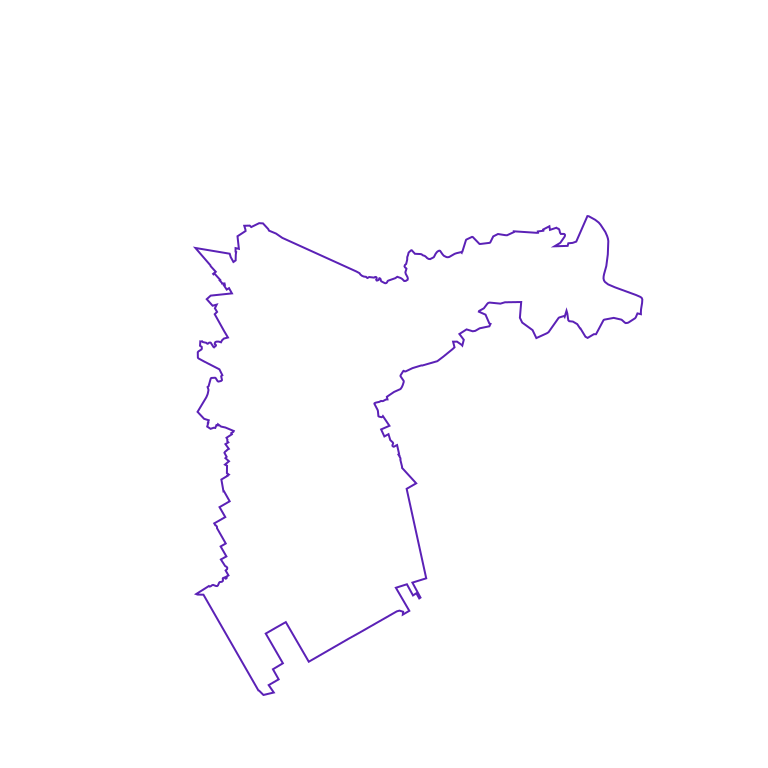 Ebano, San Luis Potosí, Mexico, rotated 240°
{"feature_id": "50627088B88107705873369", "entity_name": "Ebano", "entity_type": "district", "adm_level": 2, "iso_a3": "MEX", "parent_name": "Mexico", "parent_adm1": "San Luis Potosí", "projection": "albers", "projection_center": [-98.486, 22.169], "detail": "fine", "context": "isolated", "style": "outline", "palette": "violet", "viewbox_px": 768, "rotation_deg": 240, "n_neighbors": 0, "source": "geoboundaries", "source_scale": "gbopen_adm2", "svg_char_len": 6166}
<svg xmlns="http://www.w3.org/2000/svg" viewBox="0 0 768 768"><g transform="rotate(240 384 384)"><path d="M316.0,641.4L317.5,642.2L320.1,643.9L325.1,648.0L328.1,650.0L329.7,650.2L331.2,649.6L335.0,646.8L352.2,632.4L358.2,627.9L361.9,626.4L363.7,626.3L365.7,626.9L367.5,628.1L369.2,629.6L375.0,635.5L384.3,642.6L395.6,649.7L397.9,650.6L400.5,651.2L405.0,651.7L413.6,651.2L416.4,650.7L420.6,649.0L426.9,645.2L427.7,644.1L411.2,621.7L411.9,617.9L413.7,614.0L411.8,612.1L418.0,600.5L418.1,607.1L418.3,607.7L421.3,614.1L421.9,614.8L422.7,615.3L423.6,615.2L424.1,614.7L425.5,612.2L427.1,612.1L429.7,612.9L430.8,612.9L431.4,612.6L431.8,612.0L433.1,611.5L434.5,604.8L437.9,606.1L438.2,599.3L437.8,599.2L437.9,598.8L437.1,598.5L439.2,593.5L438.0,593.0L438.6,591.8L451.3,572.8L450.6,572.5L451.3,564.9L452.3,563.4L456.9,557.7L457.2,552.4L453.6,547.0L453.4,546.4L453.5,545.9L456.9,537.9L457.6,536.7L466.8,534.4L467.4,533.8L467.9,527.5L467.7,527.0L459.5,518.1L459.6,517.7L458.8,516.9L459.7,516.6L461.0,512.3L461.4,510.3L461.4,504.1L461.7,503.1L462.2,502.1L462.9,501.4L465.2,499.9L467.3,499.5L471.1,499.2L471.6,498.9L471.9,498.3L472.0,496.7L471.7,495.5L470.9,493.7L469.1,490.9L468.9,490.3L469.1,486.4L470.1,485.1L471.8,484.2L472.6,484.1L474.6,483.3L476.0,482.0L477.5,481.4L478.2,480.7L481.3,475.9L485.9,474.9L486.2,474.4L485.7,471.7L485.3,470.8L483.7,469.3L482.3,467.6L480.0,466.2L476.9,463.2L476.6,461.7L475.7,460.6L474.5,460.5L473.2,461.0L472.6,461.1L470.1,458.4L468.5,457.9L464.9,457.8L463.5,457.4L462.5,456.6L462.4,454.4L463.1,453.0L465.8,452.3L467.5,451.4L470.2,449.1L470.0,446.7L471.4,439.3L471.3,438.6L470.5,437.4L470.3,436.5L470.5,435.7L471.0,435.1L474.3,433.0L475.1,433.0L476.5,433.5L477.5,433.3L477.9,432.9L477.8,432.6L477.1,432.0L476.8,431.1L477.0,429.9L477.3,429.4L478.3,429.4L479.3,430.6L479.9,430.8L480.4,430.7L480.8,430.3L481.1,429.9L481.1,428.6L484.0,424.7L484.1,423.9L484.0,422.8L484.5,422.4L485.8,422.0L487.1,420.3L488.6,419.1L490.6,418.3L492.2,418.2L495.3,416.3L561.4,369.0L568.3,365.7L574.3,361.1L576.1,361.2L583.6,359.5L585.7,356.3L586.3,347.5L588.3,346.9L590.9,342.1L587.0,341.2L585.7,340.6L585.2,331.0L573.6,325.9L575.9,323.4L572.8,321.6L572.3,322.0L570.1,320.3L565.2,317.3L565.0,314.6L570.5,314.7L574.0,315.5L596.1,288.7L573.6,293.0L572.7,292.8L565.3,294.4L564.8,291.1L564.2,291.2L564.4,292.4L556.0,294.2L555.9,293.5L552.4,294.2L552.0,294.0L551.3,295.3L550.8,295.1L550.7,296.1L549.3,295.7L549.5,294.7L544.4,295.0L544.5,297.7L538.5,297.6L547.2,278.1L546.1,272.9L537.5,274.7L536.4,278.8L534.1,275.4L529.9,275.5L529.1,272.3L510.0,272.0L502.3,272.1L503.4,268.1L502.8,265.5L501.6,263.7L503.3,262.1L503.7,261.5L504.5,260.0L504.6,258.9L503.9,257.8L503.3,257.4L502.9,257.4L502.2,257.9L501.5,257.8L500.9,256.8L501.1,255.7L500.8,255.1L501.5,254.8L506.3,254.6L506.8,254.2L507.2,253.3L507.0,251.5L507.3,251.1L508.5,250.7L510.9,248.1L512.0,247.8L512.3,246.6L512.7,246.2L509.1,243.8L507.4,244.7L506.0,244.1L505.5,243.7L505.2,243.1L505.0,239.6L504.6,238.6L500.1,236.1L499.4,236.0L498.8,236.2L493.4,239.5L479.0,248.8L472.4,248.4L472.3,247.2L472.0,246.8L468.7,245.8L468.3,245.5L468.1,244.6L468.3,243.7L468.9,241.8L469.3,241.5L469.8,241.3L473.2,241.2L473.9,240.8L475.5,237.6L475.5,237.0L475.2,236.5L469.8,231.0L469.6,229.7L467.1,229.2L466.3,228.8L463.6,226.4L462.7,225.3L461.3,223.4L453.1,208.6L443.8,210.8L440.2,214.1L438.5,212.1L438.2,212.4L435.5,209.6L431.9,211.4L431.2,214.8L430.3,215.9L432.2,218.4L431.3,219.3L432.1,220.1L428.6,221.6L425.6,224.9L418.4,230.4L417.9,229.6L417.8,227.1L416.5,227.1L416.2,220.7L414.1,220.6L412.9,219.7L411.3,220.0L411.2,216.6L405.4,217.2L405.4,215.5L405.1,214.6L404.8,212.5L404.2,211.4L399.6,211.3L399.1,209.6L394.6,211.1L393.7,206.0L391.7,207.2L385.4,203.4L383.1,204.3L383.1,202.6L382.7,202.6L382.6,195.4L371.3,191.3L371.2,191.8L359.6,191.7L359.6,180.0L348.1,180.0L348.2,167.3L346.0,167.3L345.2,167.9L343.6,167.9L342.7,167.3L325.0,167.2L325.0,161.3L313.5,161.3L313.6,155.0L305.8,155.4L304.5,156.2L303.4,156.4L302.8,156.1L302.1,155.5L301.7,153.6L296.0,153.6L296.0,150.9L294.8,150.9L294.5,150.3L294.5,149.9L294.6,149.5L295.0,149.3L296.2,149.1L296.4,147.5L295.9,146.9L294.8,146.6L294.0,145.9L293.8,144.7L294.6,142.6L294.3,141.8L292.6,139.5L292.5,138.9L292.5,138.3L293.1,137.5L295.4,135.6L295.7,134.7L295.5,132.8L295.7,131.8L296.6,131.4L296.0,116.3L294.9,117.2L291.8,122.3L181.4,122.0L180.9,122.5L175.0,124.1L171.9,134.3L180.9,133.6L180.9,145.1L192.5,145.2L192.7,156.8L227.0,156.8L227.0,168.4L226.9,179.9L181.1,180.0L181.1,226.1L180.9,237.6L180.7,281.4L180.0,284.1L177.2,286.7L174.9,285.0L174.9,292.5L201.6,292.4L199.1,303.7L186.4,303.4L186.6,307.4L180.7,307.3L180.8,308.8L197.8,309.3L194.6,323.4L281.9,351.2L281.9,362.2L302.3,357.7L303.4,358.3L310.3,360.3L310.7,360.8L312.0,361.2L312.6,361.1L313.9,361.5L314.0,361.2L315.8,361.2L315.9,362.1L324.6,364.8L324.7,363.7L324.7,361.5L325.0,360.8L326.0,360.4L326.8,360.7L328.1,362.3L329.0,362.4L332.3,361.4L338.3,362.8L338.4,358.1L346.1,358.8L345.1,367.8L356.7,367.0L356.3,366.2L356.4,365.4L358.2,363.4L359.0,363.1L363.6,365.2L364.7,365.5L371.7,365.8L372.1,366.3L371.9,367.8L370.9,370.9L370.8,373.0L370.1,373.8L369.7,374.7L369.6,377.9L368.9,379.3L371.5,380.1L372.1,388.7L371.4,395.7L371.6,396.3L372.4,397.9L373.7,399.7L375.8,402.0L376.4,402.4L376.9,402.6L382.2,402.2L382.8,402.3L383.4,403.0L385.6,407.2L385.6,407.6L384.6,408.2L384.1,409.0L383.5,416.6L381.4,425.7L380.9,426.3L377.1,441.6L378.0,448.8L379.9,460.7L380.5,463.4L386.1,465.0L384.2,468.4L379.3,470.7L378.1,471.0L382.4,475.2L389.6,474.3L390.0,482.8L385.3,487.2L384.4,489.6L384.4,494.7L381.3,504.1L382.8,506.3L383.8,505.5L393.3,506.6L399.2,502.3L399.7,502.9L399.6,508.3L401.8,513.5L402.1,514.8L401.7,516.2L395.4,525.0L394.3,529.6L386.4,543.8L373.4,534.8L368.1,534.4L356.4,539.6L347.6,538.9L346.5,550.4L346.6,552.4L353.9,568.2L354.0,569.0L352.8,574.1L351.9,574.1L356.2,578.7L353.4,578.0L349.0,576.2L347.0,575.5L345.8,575.8L343.6,578.8L339.2,581.3L334.0,581.6L333.9,581.9L324.2,582.1L322.1,583.4L322.2,590.6L321.1,592.5L329.4,605.8L329.6,606.3L329.6,606.9L326.4,616.0L321.2,621.6L320.6,622.0L316.7,623.3L315.9,623.8L315.2,625.4L315.0,626.4L315.4,634.3L315.8,635.3L318.4,638.8L316.0,641.4Z" fill="none" stroke="#5b21b6" stroke-width="2"/></g></svg>